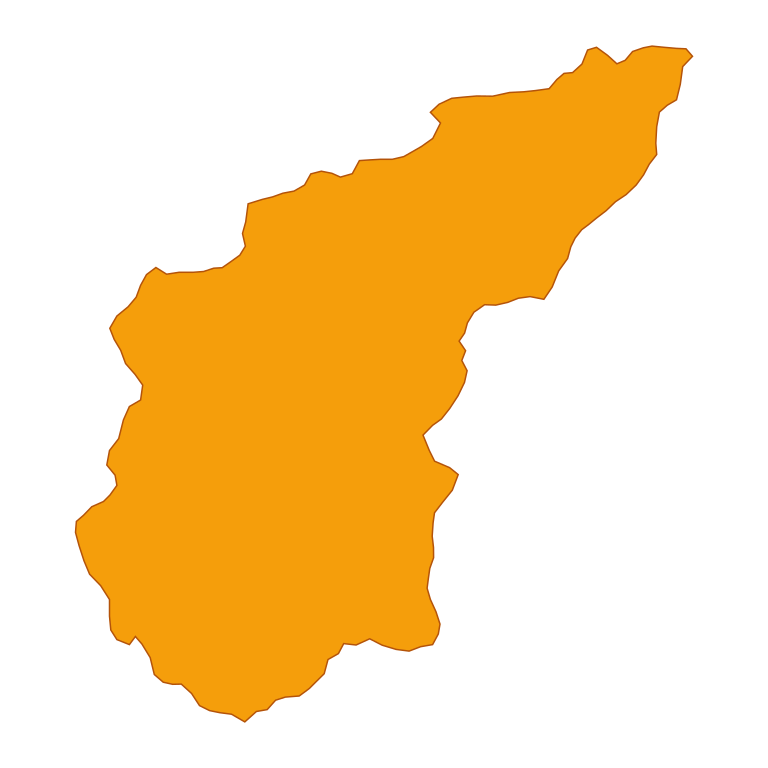 Minduri, Minas Gerais, Brazil (Robinson projection)
{"feature_id": "56859067B90662257408012", "entity_name": "Minduri", "entity_type": "district", "adm_level": 2, "iso_a3": "BRA", "parent_name": "Brazil", "parent_adm1": "Minas Gerais", "projection": "robinson", "projection_center": [-44.604, -21.675], "detail": "fine", "context": "isolated", "style": "filled", "palette": "amber", "viewbox_px": 768, "rotation_deg": 0, "n_neighbors": 0, "source": "geoboundaries", "source_scale": "gbopen_adm2", "svg_char_len": 2294}
<svg xmlns="http://www.w3.org/2000/svg" viewBox="0 0 768 768"><path d="M244.8,721.9L256.4,711.5L267.2,709.6L275.6,700.2L285.3,697.1L299.2,696.0L309.3,688.5L315.8,682.0L324.2,673.7L328.0,659.5L338.4,653.6L343.7,643.6L356.1,645.0L369.7,638.8L382.2,645.2L396.1,649.4L409.1,651.1L420.6,646.7L432.6,644.6L438.3,634.0L440.0,624.1L436.0,611.8L430.4,599.5L427.1,588.2L428.4,578.2L429.8,568.4L433.6,557.7L433.5,547.5L432.2,536.2L433.1,522.8L434.5,512.8L442.5,502.4L452.3,490.2L458.2,474.6L449.7,467.7L434.6,461.2L429.3,450.5L423.0,435.1L432.6,425.3L441.4,419.0L449.7,408.5L458.0,395.8L464.5,382.4L467.1,370.7L461.8,360.5L465.6,350.7L459.1,341.1L464.6,333.1L467.4,322.9L473.9,312.2L484.6,304.7L495.8,305.1L507.7,302.4L518.4,298.2L530.1,296.6L543.9,299.3L552.2,287.0L558.7,270.9L567.6,258.5L570.8,246.8L575.1,238.1L581.7,229.7L588.9,224.3L596.3,218.2L606.1,210.7L615.5,201.7L626.1,194.6L636.2,185.0L643.6,174.8L649.3,164.1L656.7,154.5L655.8,143.2L656.7,126.7L659.4,112.1L667.3,105.2L676.5,99.8L680.3,84.3L682.7,66.6L692.5,56.3L686.0,48.8L676.7,48.4L664.1,47.3L652.0,46.1L643.3,47.8L632.6,51.5L625.2,60.3L616.9,63.8L607.5,55.3L596.5,47.3L587.6,50.0L582.0,64.0L572.6,72.6L564.0,73.4L556.9,79.5L549.1,88.7L535.2,90.6L523.7,91.8L509.6,92.5L492.6,96.2L476.7,96.0L463.7,97.1L451.7,98.3L439.1,104.2L430.4,112.3L440.5,123.0L432.8,138.4L421.6,146.4L412.2,151.8L403.8,156.6L392.3,159.3L380.3,159.3L370.0,159.9L359.4,160.6L352.3,173.7L340.4,177.1L331.9,173.3L321.3,171.2L310.8,173.9L304.6,185.0L294.0,191.1L282.9,193.2L272.6,196.9L262.3,199.4L248.1,203.8L245.7,222.0L242.5,233.5L245.4,246.2L239.8,255.2L230.5,261.9L222.2,267.7L213.7,268.2L203.6,271.5L193.0,272.3L179.0,272.3L166.6,274.2L155.9,267.5L146.5,274.6L140.6,285.3L136.2,297.2L128.1,306.8L116.9,316.0L109.8,328.3L114.2,339.4L120.7,350.3L125.6,363.6L135.0,374.3L142.7,385.1L140.6,400.0L129.4,406.5L123.4,420.0L118.7,438.6L109.5,450.5L106.8,465.0L115.1,475.2L116.9,485.4L110.0,495.0L103.5,501.5L91.8,506.7L83.5,515.3L76.4,521.4L75.5,532.4L79.0,545.4L84.0,560.8L89.6,574.2L100.7,585.7L109.5,599.5L109.5,616.2L110.8,630.0L116.9,639.6L129.4,644.6L135.4,636.5L141.9,644.0L150.2,657.6L154.3,674.5L163.2,682.2L172.6,684.3L181.3,684.1L191.6,693.5L199.5,705.6L209.6,710.6L219.9,712.7L231.5,714.2L244.8,721.9Z" fill="#f59e0b" stroke="#b45309" stroke-width="1.5"/></svg>